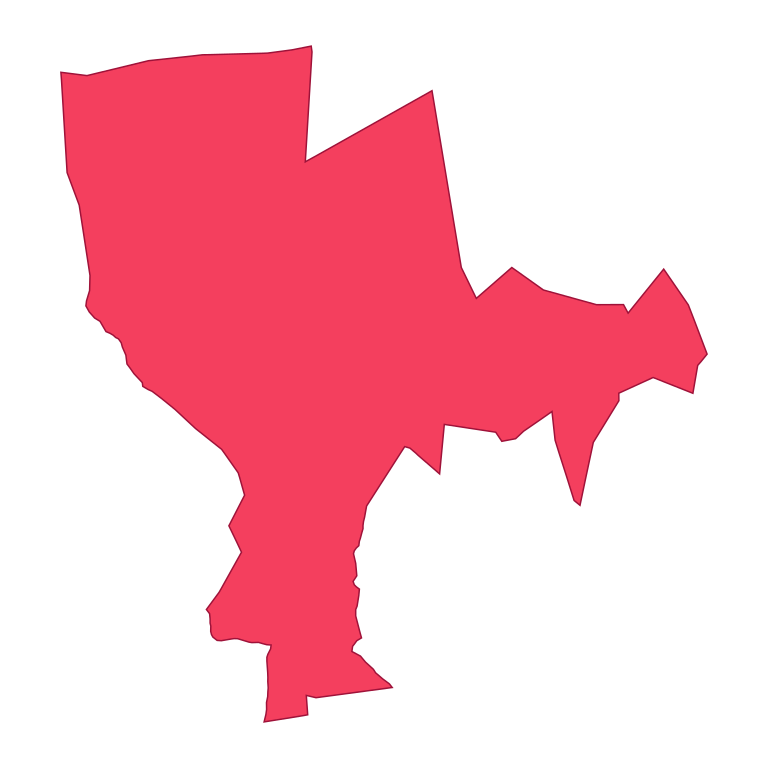 outline of São Raimundo Nonato, Piauí, Brazil
{"feature_id": "56859067B13922640235877", "entity_name": "São Raimundo Nonato", "entity_type": "district", "adm_level": 2, "iso_a3": "BRA", "parent_name": "Brazil", "parent_adm1": "Piauí", "projection": "mercator", "projection_center": [-42.719, -9.025], "detail": "fine", "context": "isolated", "style": "filled", "palette": "rose", "viewbox_px": 768, "rotation_deg": 0, "n_neighbors": 0, "source": "geoboundaries", "source_scale": "gbopen_adm2", "svg_char_len": 2123}
<svg xmlns="http://www.w3.org/2000/svg" viewBox="0 0 768 768"><path d="M206.4,609.5L209.6,613.7L210.1,618.8L210.1,623.1L210.8,626.1L210.7,631.4L211.5,634.6L212.9,637.1L217.1,640.4L221.3,640.7L231.2,639.0L234.1,638.6L237.7,638.7L248.9,642.1L251.8,642.6L258.5,642.4L262.6,643.6L266.7,644.7L271.1,645.0L270.6,648.9L267.9,654.2L266.9,657.2L266.9,661.1L267.7,672.5L267.9,677.5L267.8,681.4L268.2,687.9L267.9,691.5L267.7,696.6L266.5,702.5L266.6,709.5L265.9,714.5L264.1,721.9L303.4,715.6L307.7,714.8L306.3,695.4L316.0,697.7L392.2,687.5L389.4,683.9L382.7,678.9L375.6,672.8L373.4,669.3L365.5,662.1L362.9,659.0L360.5,656.1L351.9,651.5L352.6,646.3L354.4,644.0L356.8,640.7L361.5,637.9L359.9,632.1L357.2,621.7L355.7,615.9L355.7,609.6L357.1,606.1L358.8,595.5L359.4,589.1L356.3,586.8L354.3,584.8L353.1,581.4L356.8,575.8L355.7,563.3L353.5,553.7L354.3,550.8L356.3,548.0L358.8,545.7L359.4,541.1L360.3,538.5L361.8,532.8L363.0,528.7L363.0,525.5L363.5,521.6L364.6,517.1L366.6,506.0L385.7,476.2L404.7,446.6L409.9,448.1L415.8,453.1L418.2,455.4L439.6,473.9L444.3,424.4L495.7,432.2L501.8,441.3L515.6,438.7L523.6,431.2L537.7,421.5L552.0,411.5L555.1,440.2L558.7,451.8L566.5,476.2L574.1,500.5L580.0,505.3L586.1,476.2L593.3,442.4L618.9,400.7L618.8,393.2L653.1,377.5L692.9,393.3L697.7,365.4L701.1,361.5L707.1,354.1L694.2,320.1L688.3,304.9L663.7,269.1L628.1,313.1L623.5,304.6L596.5,304.7L543.4,290.0L511.8,267.5L476.3,298.4L461.3,267.5L453.2,218.8L452.5,214.4L432.0,90.7L314.6,156.7L305.3,161.8L312.0,51.9L311.2,46.1L291.8,49.9L267.6,53.1L262.6,53.3L209.5,54.7L202.6,54.8L191.5,56.1L148.5,60.7L87.0,75.6L60.9,72.3L61.5,80.1L67.1,172.6L79.2,205.1L83.1,230.4L90.0,275.5L89.6,290.6L86.5,300.9L85.9,305.9L89.3,312.0L94.6,318.0L100.0,321.3L106.0,331.6L110.0,333.3L113.2,335.2L115.7,337.5L118.4,338.8L121.2,342.7L122.4,347.1L125.9,355.2L126.5,360.3L127.0,364.0L130.0,368.0L134.0,373.7L142.3,382.6L142.8,386.4L148.3,389.6L152.1,391.3L161.3,398.3L175.0,409.4L195.5,428.5L221.6,449.3L224.2,452.9L238.2,472.8L239.6,477.4L244.6,495.2L228.9,525.8L236.8,542.2L241.5,552.2L221.1,588.8L219.1,592.3L206.4,609.5Z" fill="#f43f5e" stroke="#9f1239" stroke-width="1.5"/></svg>